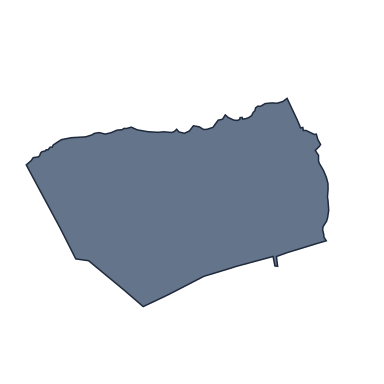 the district of West Honiara, Guadalcanal, Solomon Islands, rotated 334°
{"feature_id": "97153195B79685360325521", "entity_name": "West Honiara", "entity_type": "district", "adm_level": 2, "iso_a3": "SLB", "parent_name": "Solomon Islands", "parent_adm1": "Guadalcanal", "projection": "equal_earth", "projection_center": [159.939, -9.433], "detail": "fine", "context": "isolated", "style": "filled", "palette": "slate", "viewbox_px": 384, "rotation_deg": 334, "n_neighbors": 0, "source": "geoboundaries", "source_scale": "gbopen_adm2", "svg_char_len": 1546}
<svg xmlns="http://www.w3.org/2000/svg" viewBox="0 0 384 384"><g transform="rotate(334 192 192)"><path d="M318.5,149.5L313.4,150.5L307.3,149.5L303.0,147.0L296.6,144.6L291.2,145.0L288.7,143.7L286.0,144.3L284.2,146.5L281.9,147.3L279.0,149.5L275.5,150.0L272.1,149.6L269.5,148.6L269.8,147.0L267.8,146.2L266.7,147.7L264.3,147.6L261.2,145.8L257.2,140.9L255.7,137.3L251.3,140.0L247.0,138.9L241.9,141.6L239.2,143.1L232.8,142.2L229.7,140.8L227.2,136.7L222.3,133.1L216.4,136.0L210.9,135.9L206.6,132.3L205.7,128.9L202.6,129.9L199.6,129.5L193.0,125.5L187.7,123.5L179.0,118.6L170.1,112.2L167.1,108.6L165.9,107.1L161.2,106.3L158.7,105.0L156.4,105.4L154.0,104.4L151.7,103.5L145.1,103.2L139.4,101.9L134.6,97.9L129.9,96.5L127.0,96.8L120.5,95.8L107.4,90.3L97.7,87.7L92.8,88.2L87.9,88.9L86.0,90.4L84.2,89.5L81.0,91.0L79.5,90.1L78.2,90.8L74.8,90.0L73.0,90.6L71.0,92.6L69.3,93.1L64.4,91.5L61.2,93.3L54.9,95.0L55.5,111.2L57.7,166.8L58.2,201.2L68.9,208.4L87.8,250.1L97.9,273.6L125.8,273.9L164.7,273.0L166.4,273.1L193.9,277.5L199.4,278.3L226.8,283.6L236.6,285.5L234.1,294.8L236.4,296.3L239.6,287.0L250.9,288.2L280.0,292.8L291.3,294.7L290.8,290.5L291.8,288.0L292.8,283.4L294.6,280.6L296.1,279.7L300.1,277.3L302.8,274.3L306.9,268.3L310.6,259.0L311.5,256.0L315.5,249.2L316.7,246.6L317.9,244.1L319.2,237.6L319.6,230.1L319.0,222.1L319.3,219.7L321.8,214.5L321.0,208.7L326.3,206.9L328.4,205.7L328.1,200.0L329.1,194.5L327.2,193.9L321.5,186.7L319.0,185.5L319.9,182.6L317.6,181.9L317.9,179.5L318.2,173.0L318.5,149.5Z" fill="#64748b" stroke="#1e293b" stroke-width="1.5"/></g></svg>